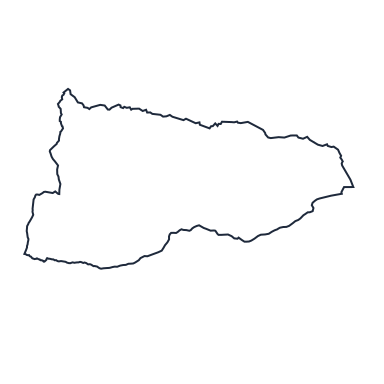 the district of Santo Domingo Xagacía, Oaxaca, Mexico, rotated 187°
{"feature_id": "50627088B84578791163006", "entity_name": "Santo Domingo Xagacía", "entity_type": "district", "adm_level": 2, "iso_a3": "MEX", "parent_name": "Mexico", "parent_adm1": "Oaxaca", "projection": "orthographic", "projection_center": [-96.28, 17.127], "detail": "fine", "context": "isolated", "style": "outline", "palette": "slate", "viewbox_px": 384, "rotation_deg": 187, "n_neighbors": 0, "source": "geoboundaries", "source_scale": "gbopen_adm2", "svg_char_len": 4130}
<svg xmlns="http://www.w3.org/2000/svg" viewBox="0 0 384 384"><g transform="rotate(187 192 192)"><path d="M326.2,108.3L325.0,108.4L322.8,108.1L321.4,108.2L319.9,107.5L318.6,107.8L317.2,107.1L316.2,106.9L315.3,107.0L313.6,107.5L308.9,107.3L307.6,106.7L305.7,106.4L304.1,106.5L303.0,107.1L301.9,107.6L300.1,107.4L298.1,108.0L296.1,108.3L294.6,109.0L293.3,108.9L291.3,108.3L290.1,108.9L288.4,108.6L286.3,107.5L284.5,107.9L282.9,107.5L281.7,106.8L280.5,106.4L279.5,106.7L278.4,106.5L277.3,106.5L274.6,105.1L272.9,104.8L270.5,105.5L268.0,106.0L265.8,106.4L264.4,106.7L261.8,107.8L259.7,108.5L257.1,108.7L254.3,110.2L251.5,111.1L248.8,111.6L246.4,113.0L244.0,113.4L241.6,113.9L239.8,115.1L236.5,117.8L235.1,120.1L231.4,122.6L228.4,122.8L223.4,125.4L218.3,128.0L214.9,130.1L213.5,133.0L212.3,135.9L210.3,139.0L209.0,142.2L209.4,145.1L208.9,147.3L207.7,148.9L205.6,149.2L202.8,149.4L201.4,150.5L199.6,152.5L197.9,153.7L196.0,153.3L193.0,153.5L189.9,153.2L188.6,154.0L187.3,155.9L185.6,157.4L183.1,158.9L180.9,159.8L175.9,157.7L173.6,157.2L168.8,155.9L165.4,156.5L164.1,156.4L161.5,153.4L160.5,152.7L157.3,153.1L151.1,154.2L147.3,153.0L144.4,151.1L141.1,151.2L140.2,152.4L136.6,150.4L133.9,149.1L131.6,149.4L129.4,149.8L127.2,151.0L124.3,153.3L121.2,156.3L118.5,158.0L114.2,158.8L110.7,159.9L108.0,162.2L105.4,164.0L103.3,165.1L102.7,165.4L102.0,166.1L100.3,167.3L97.1,168.4L94.2,168.8L91.5,170.2L88.1,173.4L85.9,175.7L83.1,177.2L81.2,179.0L78.6,182.5L76.9,183.9L74.7,185.9L72.5,186.3L69.9,187.7L69.5,190.9L71.5,193.5L71.0,196.0L68.8,198.4L67.1,199.9L64.6,201.1L53.5,205.3L43.1,208.5L43.7,210.0L41.7,215.4L32.5,216.6L36.3,223.6L46.2,236.6L46.9,238.5L46.4,240.2L46.1,240.7L47.4,242.5L49.0,244.2L48.4,246.1L50.3,248.6L52.2,251.8L56.9,254.3L59.1,253.6L62.9,254.3L63.8,255.8L68.0,253.6L72.8,254.3L81.4,258.1L84.4,260.8L88.3,258.4L93.0,259.0L94.9,260.9L100.9,260.1L106.9,257.3L112.7,257.0L120.4,255.1L123.1,255.4L126.1,258.1L126.6,259.5L129.1,262.3L145.1,268.4L152.0,266.3L154.9,266.4L155.8,267.4L158.7,266.3L161.4,266.2L170.8,265.4L171.8,263.0L173.9,262.9L174.7,260.7L177.3,262.9L179.4,259.9L181.1,259.6L182.3,257.3L192.4,259.7L193.1,262.0L196.7,260.7L206.9,264.0L209.2,262.3L220.6,264.3L223.4,265.8L226.6,264.0L229.9,263.3L232.7,264.8L240.9,264.7L243.1,265.9L246.2,265.4L247.6,268.0L250.8,266.4L254.7,268.3L261.2,267.3L262.4,266.3L264.1,268.5L267.0,267.6L269.6,268.3L270.6,266.9L273.2,267.5L273.6,269.2L275.5,269.8L282.1,265.9L283.9,263.7L285.6,263.6L289.2,267.2L293.7,267.3L302.4,263.7L304.0,261.8L305.9,262.8L309.5,263.0L310.2,264.8L312.0,266.6L316.2,267.0L320.0,271.8L324.4,274.3L325.4,278.0L327.6,279.2L331.6,275.1L330.8,274.4L331.4,272.8L332.5,271.9L332.8,270.3L332.1,268.2L333.8,266.5L334.3,265.2L335.8,263.0L334.9,261.2L334.7,260.4L332.5,258.5L331.7,254.3L330.8,253.1L332.1,250.2L332.1,247.9L331.9,246.3L330.7,245.7L330.4,244.1L329.0,241.4L328.5,241.3L327.8,239.4L329.4,236.1L330.0,235.6L329.9,233.9L330.4,231.2L330.5,228.3L330.3,226.8L332.0,224.4L332.2,223.2L334.6,220.5L338.0,216.3L338.1,215.3L338.1,214.9L337.0,212.9L335.7,210.0L334.0,207.7L331.8,205.7L328.2,202.0L328.6,197.9L328.1,194.6L327.9,193.3L326.4,191.0L325.7,188.2L323.6,183.9L323.9,178.2L323.5,173.8L324.3,173.8L324.9,174.0L327.8,175.9L330.1,174.0L337.6,174.4L339.0,174.0L340.4,172.6L343.2,170.5L344.9,170.7L346.3,170.5L347.0,169.5L347.3,167.7L348.3,165.3L348.2,155.9L347.9,154.6L347.9,152.9L346.8,150.0L347.7,147.3L349.5,143.0L350.4,141.3L350.6,140.3L351.5,138.0L351.4,136.6L351.3,133.1L350.6,131.0L349.6,127.1L348.9,125.9L348.6,125.4L348.6,123.8L348.8,122.1L348.8,120.0L349.2,118.2L349.0,116.9L349.5,114.8L349.8,113.6L350.8,110.1L349.8,110.0L349.0,109.8L348.3,109.4L347.6,109.3L346.5,109.3L346.1,109.5L345.4,108.7L344.9,108.4L344.6,108.3L344.2,108.3L343.7,108.0L343.4,107.7L343.1,107.3L342.3,106.7L342.0,106.6L341.4,106.6L340.8,106.4L340.3,106.2L340.0,106.3L338.4,106.7L338.2,107.1L337.7,107.2L337.1,107.0L336.3,106.6L334.9,106.5L334.5,106.0L333.8,105.8L332.8,106.0L332.5,105.8L331.1,105.5L331.0,105.0L330.7,104.8L330.3,104.8L329.8,105.1L328.8,106.3L328.3,106.9L328.2,107.7L327.7,108.7L326.9,108.5L326.2,108.3Z" fill="none" stroke="#1e293b" stroke-width="2"/></g></svg>